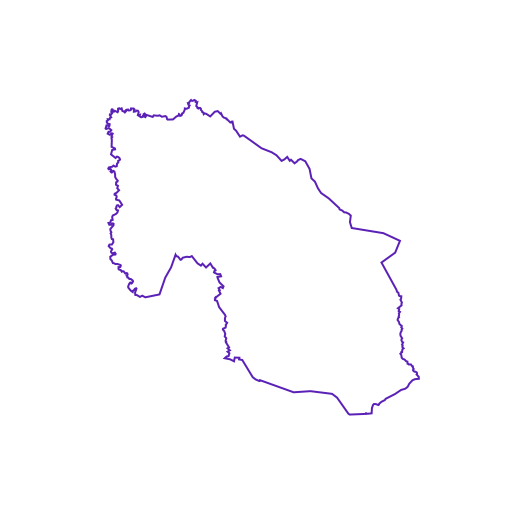 Yang Sisurat, Maha Sarakham, Thailand (Mercator projection), rotated 38°
{"feature_id": "78962969B22746873787701", "entity_name": "Yang Sisurat", "entity_type": "district", "adm_level": 2, "iso_a3": "THA", "parent_name": "Thailand", "parent_adm1": "Maha Sarakham", "projection": "mercator", "projection_center": [103.043, 15.652], "detail": "fine", "context": "isolated", "style": "outline", "palette": "violet", "viewbox_px": 512, "rotation_deg": 38, "n_neighbors": 0, "source": "geoboundaries", "source_scale": "gbopen_adm2", "svg_char_len": 6048}
<svg xmlns="http://www.w3.org/2000/svg" viewBox="0 0 512 512"><g transform="rotate(38 256 256)"><path d="M111.5,170.9L110.6,172.7L109.7,173.3L108.8,173.1L108.6,175.4L109.1,176.5L108.2,177.4L109.6,178.4L111.0,178.2L111.2,179.7L111.8,180.4L110.7,182.7L109.1,183.5L109.7,184.2L110.6,187.9L110.0,189.2L110.6,190.1L110.7,191.2L110.0,192.3L108.7,191.5L107.9,191.6L108.5,193.1L107.4,194.9L106.5,199.5L102.4,202.9L101.7,202.9L99.9,201.5L98.5,201.5L96.1,204.2L93.4,204.5L92.5,205.8L88.8,208.2L89.0,210.0L83.0,212.2L83.3,214.7L81.7,215.0L81.2,212.4L80.5,212.3L80.1,213.4L80.7,214.2L80.5,215.3L81.0,216.1L80.1,217.4L78.2,217.6L77.6,216.2L76.7,217.7L76.2,217.8L75.0,214.9L73.6,214.2L72.3,215.0L72.2,216.1L70.9,217.5L70.0,216.3L70.0,215.3L68.8,215.1L66.7,216.7L67.4,217.7L67.2,218.6L66.1,219.7L64.9,219.4L64.6,220.5L63.8,220.6L63.6,221.7L64.4,222.0L64.3,223.6L62.8,223.5L61.5,224.0L59.2,222.4L58.6,223.8L57.4,223.7L56.6,224.8L58.2,226.8L58.4,227.9L55.3,228.5L55.2,229.8L54.5,230.2L53.0,228.8L52.2,229.0L52.1,229.6L53.3,231.7L54.7,232.0L54.7,234.1L53.8,234.3L54.0,234.9L56.5,235.9L55.9,237.1L56.5,238.4L54.9,239.5L55.8,240.4L55.3,241.6L56.2,242.6L57.6,242.9L59.5,242.2L60.4,243.7L60.3,244.1L57.8,245.1L59.0,248.2L59.7,248.2L61.3,245.8L64.5,245.9L64.5,248.0L63.3,248.9L63.8,250.9L66.1,250.5L66.8,248.1L67.7,247.8L68.4,250.6L68.8,251.1L69.5,250.9L69.7,252.3L70.8,253.1L75.0,258.9L78.6,258.1L79.3,258.7L77.4,261.0L79.2,265.2L85.0,265.2L85.2,263.3L86.5,262.8L88.1,262.9L89.4,263.6L89.5,264.4L88.8,265.9L89.9,267.1L89.6,268.7L91.0,271.0L90.1,272.2L88.0,272.5L87.8,274.1L85.5,276.8L85.8,278.1L86.7,278.3L87.7,277.1L88.4,277.0L89.4,277.7L89.4,279.0L90.6,279.2L91.0,278.9L91.1,276.8L92.4,276.6L94.8,278.5L96.2,280.3L97.9,281.2L100.7,281.8L101.0,282.7L100.4,284.0L101.8,286.0L104.0,285.7L104.9,288.0L107.6,288.5L107.2,292.1L106.3,293.9L106.8,294.8L108.7,294.3L109.9,295.3L110.5,297.3L111.1,297.7L114.1,296.4L119.0,298.1L118.5,301.4L116.0,300.9L115.3,301.7L115.5,302.9L116.2,303.9L116.2,305.0L117.7,305.6L119.2,305.0L120.0,307.1L119.8,309.0L118.2,312.3L118.7,313.9L120.8,315.8L119.7,317.2L120.7,319.2L119.4,320.8L121.1,321.7L122.7,320.5L122.6,319.3L123.1,318.4L124.0,318.3L124.8,319.6L124.6,324.5L126.0,325.8L127.4,326.3L127.5,327.7L128.9,328.4L130.7,330.6L132.0,331.4L133.1,330.8L135.1,332.9L135.4,335.7L133.5,337.2L133.8,338.9L136.7,339.4L137.7,338.9L138.5,339.1L138.9,341.7L139.8,342.4L141.3,342.3L142.7,340.2L144.1,340.7L144.3,341.4L142.5,343.2L141.6,346.3L143.2,348.1L145.0,348.3L147.6,349.7L148.6,349.1L150.2,348.9L151.5,347.7L154.8,346.5L155.5,346.9L155.8,348.2L154.5,349.4L155.7,350.9L156.6,351.0L157.9,350.3L159.9,351.0L160.4,349.9L161.3,349.6L163.9,350.3L164.4,349.2L165.2,348.9L166.2,349.6L166.2,351.2L167.2,351.2L167.8,352.1L168.9,351.7L170.4,352.1L171.5,351.2L174.0,351.2L174.8,351.8L175.0,353.9L174.7,354.5L173.7,354.0L173.2,354.4L173.2,356.1L174.1,358.9L175.0,359.6L178.7,360.4L181.0,360.3L180.4,359.1L180.9,358.1L180.7,356.4L181.4,355.2L181.9,355.3L183.3,359.4L184.9,361.0L186.3,360.1L189.7,359.7L190.8,357.3L194.2,356.7L203.6,345.7L197.8,328.9L196.1,317.3L191.9,304.7L192.9,305.3L193.0,304.8L193.8,305.0L195.0,304.5L198.8,305.5L199.4,304.7L199.3,302.5L201.8,299.3L204.5,297.6L205.5,295.6L214.4,297.8L218.5,297.5L218.6,295.0L223.7,295.8L224.6,290.0L229.3,291.8L229.6,291.4L232.1,291.7L233.0,292.2L232.5,293.5L233.0,294.8L236.9,294.1L239.0,292.3L241.0,293.5L238.5,296.3L239.2,296.9L243.5,299.3L249.1,299.9L249.6,301.7L247.2,302.1L246.3,304.4L248.4,305.2L248.0,306.0L251.3,307.6L250.0,312.7L249.6,312.9L249.6,314.2L250.1,314.2L250.5,315.8L250.8,316.1L253.0,315.4L258.4,319.0L267.6,321.4L269.2,322.2L269.8,324.1L271.5,326.3L274.4,326.4L274.6,329.0L275.2,329.4L276.1,331.1L274.8,333.6L275.2,334.4L277.2,334.7L279.8,336.4L280.8,338.6L283.2,339.1L284.3,341.7L285.5,342.0L285.5,342.6L291.0,344.6L290.4,346.2L293.5,346.4L292.5,348.9L294.9,349.0L296.0,351.8L294.7,353.3L294.3,355.8L299.1,353.4L303.5,352.5L301.8,349.1L305.5,346.4L306.3,347.9L309.2,346.4L328.0,353.5L331.6,353.5L335.6,352.5L335.9,352.2L335.6,351.4L369.6,340.2L382.1,329.0L400.8,317.8L407.1,317.7L425.9,323.4L427.4,323.3L440.0,312.6L439.7,312.1L441.0,311.7L444.0,308.8L440.9,304.3L439.9,301.1L440.1,300.0L441.6,298.9L444.2,298.1L444.4,297.3L444.0,296.5L444.6,293.7L446.2,290.3L446.1,288.7L450.6,279.0L452.8,272.2L455.2,268.9L455.8,267.1L456.0,265.2L455.4,262.4L455.8,257.6L457.1,255.2L459.9,252.5L458.6,251.0L455.5,250.5L455.5,249.8L454.5,248.8L452.8,249.0L452.1,249.6L450.3,249.5L449.7,248.7L449.8,247.9L448.1,247.2L447.6,246.4L446.9,246.7L444.8,246.1L443.2,247.4L442.6,247.2L441.8,247.6L440.3,246.0L439.0,246.5L436.8,246.1L435.2,246.7L433.5,246.5L431.5,244.6L429.9,244.1L430.1,243.1L429.7,242.3L430.3,241.8L428.8,239.4L429.2,237.9L427.3,237.6L426.6,236.1L425.7,236.0L425.1,233.5L424.1,233.7L422.5,232.9L421.9,232.0L421.9,230.9L419.1,229.9L417.8,228.7L417.1,227.3L416.8,225.2L416.1,224.5L416.0,223.1L414.4,222.8L414.0,221.4L411.0,221.3L409.3,220.0L406.9,219.2L406.3,217.6L406.4,216.1L405.6,215.8L405.1,214.3L403.9,213.3L403.9,211.4L402.4,211.6L401.6,209.7L400.0,209.8L401.1,205.3L400.0,204.1L399.7,202.9L396.7,201.5L396.7,200.4L395.3,198.3L393.8,199.2L393.0,199.1L390.8,197.3L389.0,197.3L387.6,196.2L358.9,183.9L363.6,167.7L360.1,155.4L342.3,159.6L314.2,175.0L309.2,171.5L305.8,165.8L303.2,165.6L300.0,166.3L298.7,167.3L296.0,167.1L293.2,167.8L292.0,167.0L277.8,165.8L268.5,166.3L263.1,164.5L256.6,161.1L251.9,160.7L244.6,154.4L236.5,151.0L231.4,152.0L230.1,154.5L230.1,156.4L229.3,159.2L224.3,158.6L224.0,160.2L219.6,158.7L218.9,162.4L217.6,165.3L210.1,164.0L204.5,164.6L194.0,167.7L172.5,168.6L171.2,169.1L169.9,171.8L163.1,169.5L160.3,169.3L154.7,164.5L154.1,165.1L154.3,166.1L153.5,166.6L149.3,166.1L148.7,166.4L148.1,165.8L145.5,166.7L143.9,166.7L140.6,165.1L140.6,165.8L136.6,165.4L134.7,167.7L134.0,174.2L129.3,174.6L127.8,175.2L127.5,176.4L126.3,175.4L125.1,175.7L124.7,175.2L122.3,174.7L121.9,173.9L120.9,173.7L119.7,174.6L119.7,175.3L118.6,175.4L118.1,174.8L116.6,174.6L115.0,171.0L114.6,171.6L113.5,171.8L113.1,170.8L111.5,170.9Z" fill="none" stroke="#5b21b6" stroke-width="2"/></g></svg>